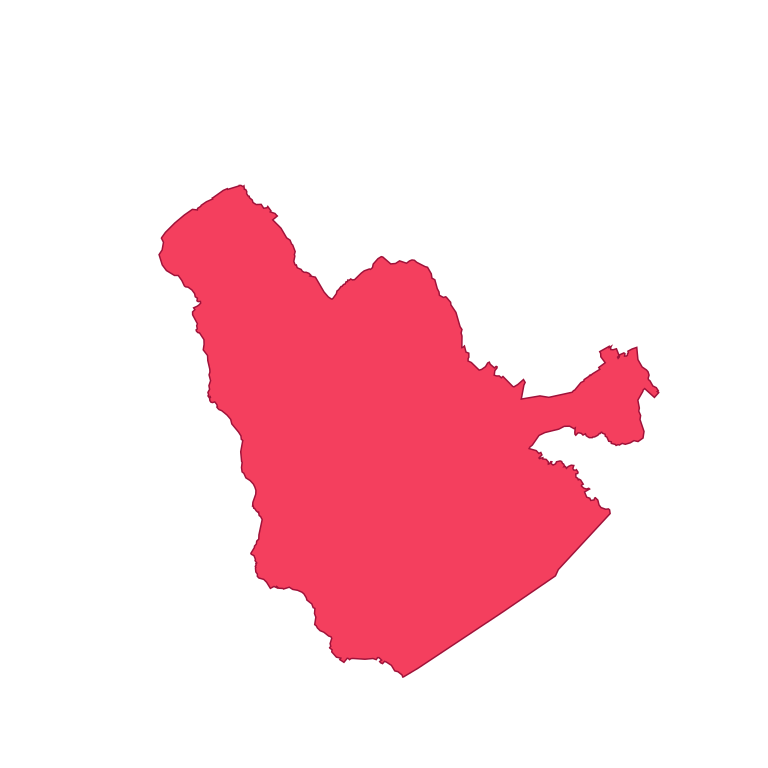 outline of Chapala, Jalisco, Mexico, rotated 51°
{"feature_id": "50627088B97222259694583", "entity_name": "Chapala", "entity_type": "district", "adm_level": 2, "iso_a3": "MEX", "parent_name": "Mexico", "parent_adm1": "Jalisco", "projection": "equal_earth", "projection_center": [-103.201, 20.28], "detail": "fine", "context": "isolated", "style": "filled", "palette": "rose", "viewbox_px": 768, "rotation_deg": 51, "n_neighbors": 0, "source": "geoboundaries", "source_scale": "gbopen_adm2", "svg_char_len": 6158}
<svg xmlns="http://www.w3.org/2000/svg" viewBox="0 0 768 768"><g transform="rotate(51 384 384)"><path d="M562.0,175.1L558.2,174.7L554.7,176.3L549.0,175.3L547.0,175.7L545.8,175.1L543.9,172.4L540.6,171.1L538.2,171.2L533.2,172.7L524.8,171.3L514.6,164.5L512.9,169.2L512.0,173.8L513.5,174.5L513.9,175.9L514.8,176.7L514.9,177.9L513.7,179.5L512.0,177.6L510.8,178.0L509.6,182.5L511.1,184.2L511.4,185.9L510.1,185.6L509.8,183.4L502.9,181.2L501.5,184.5L499.9,186.1L498.2,184.8L497.7,183.7L497.4,186.1L496.4,185.4L494.6,196.0L496.6,196.4L499.3,198.4L506.7,198.7L506.3,206.7L508.4,207.0L507.3,215.6L507.4,218.0L506.7,218.1L507.0,220.4L506.5,225.7L507.5,226.8L506.8,230.1L508.8,239.9L508.4,240.8L508.8,243.0L498.1,264.3L491.4,270.3L482.1,286.8L473.0,276.1L471.6,273.3L468.3,272.8L468.6,280.3L468.0,284.8L466.9,285.5L453.0,286.8L453.0,288.9L450.2,289.4L448.7,291.4L446.5,292.8L443.4,289.5L442.6,286.0L441.7,285.3L440.9,285.8L440.9,288.1L435.5,289.0L433.3,288.4L432.9,290.2L434.4,294.2L434.1,299.0L433.1,301.3L422.3,302.6L419.0,304.2L417.1,302.5L416.6,301.2L413.4,298.7L410.8,300.2L405.1,297.6L405.2,299.6L404.7,300.6L395.8,293.2L392.9,292.0L390.7,289.1L387.3,288.8L373.6,283.0L364.6,282.2L362.4,280.8L356.6,280.9L355.1,281.1L354.1,283.4L349.9,285.1L347.0,283.3L343.4,282.6L335.0,278.9L331.9,280.1L328.1,277.9L320.7,276.7L318.6,278.2L310.0,282.0L307.0,282.5L305.2,284.2L304.4,286.7L304.3,290.5L298.1,294.4L297.6,299.2L294.9,303.2L284.6,305.0L283.3,306.0L282.8,309.8L284.0,316.9L286.3,319.7L286.4,322.4L285.4,323.0L283.6,328.2L283.5,331.9L284.4,341.2L283.3,343.0L281.4,343.8L281.5,345.6L280.4,346.8L281.5,347.9L280.7,349.2L281.8,351.1L281.2,352.9L281.7,355.1L281.2,356.1L282.2,360.1L282.1,361.9L283.9,364.3L285.3,369.7L285.3,371.1L284.5,371.5L281.3,372.5L274.8,372.7L257.8,370.1L253.5,373.5L253.4,372.4L250.7,372.7L248.3,374.1L246.9,375.8L244.9,376.5L242.8,376.3L239.0,378.3L236.3,377.2L235.9,378.0L235.1,378.0L231.9,376.9L228.5,372.8L227.1,372.3L225.2,369.7L218.6,367.5L217.0,367.7L213.1,366.5L209.1,367.7L198.1,366.0L186.4,367.2L186.3,360.4L186.3,361.3L182.9,361.4L178.6,364.1L178.3,362.9L172.9,362.6L173.4,364.0L171.7,366.9L167.1,366.4L164.1,370.4L160.5,371.6L158.1,370.6L154.4,371.3L153.3,370.6L152.2,371.3L149.7,371.0L148.0,369.5L145.8,369.1L144.8,370.0L141.9,368.2L141.9,369.3L139.6,370.2L138.5,371.6L138.8,372.1L134.4,383.0L133.6,382.8L132.4,387.0L131.6,399.5L131.4,400.4L130.7,400.3L132.4,400.7L130.6,407.3L130.1,413.7L130.6,414.6L130.2,418.3L131.3,419.5L127.7,423.0L127.0,432.8L127.2,445.1L128.6,458.5L130.3,464.6L130.6,465.2L135.1,466.2L140.2,472.1L141.9,477.4L151.9,481.4L158.9,481.7L167.8,478.5L170.2,475.6L176.4,476.0L182.1,477.4L183.5,477.1L185.5,475.3L190.0,474.1L194.6,474.3L197.4,475.8L199.9,475.0L201.6,477.0L203.0,476.6L204.3,474.7L205.8,475.6L206.1,478.0L206.0,480.2L205.0,484.0L207.2,484.2L207.5,487.4L209.8,489.2L219.8,491.1L220.8,492.9L223.7,494.4L223.7,496.0L224.9,496.5L226.9,496.3L228.3,495.2L236.2,496.0L240.0,498.9L243.7,503.0L250.8,503.2L254.9,506.2L262.9,510.1L265.2,511.8L266.8,514.2L272.3,516.7L275.1,521.1L278.4,522.9L279.7,526.1L282.5,527.4L282.5,528.3L284.1,528.4L284.4,527.0L285.3,527.4L285.2,528.5L287.4,529.8L289.3,529.9L290.6,528.9L291.4,526.8L294.6,526.8L296.6,527.6L296.7,528.4L298.3,528.5L300.1,528.3L302.6,526.9L309.4,525.5L315.0,525.4L319.2,527.4L329.9,527.3L334.2,527.8L337.2,529.7L339.0,529.3L346.5,538.0L354.6,543.4L355.6,543.5L359.2,547.3L363.0,549.6L365.2,549.1L370.0,550.4L374.8,548.8L379.6,548.5L383.0,549.3L386.1,550.5L388.9,553.0L393.4,560.3L396.0,562.8L396.1,562.3L398.6,563.4L399.2,562.9L402.2,563.1L404.4,562.7L404.6,562.1L407.7,563.8L409.3,563.3L412.7,564.0L422.5,576.1L425.7,578.9L426.0,581.8L428.0,583.9L428.5,586.7L429.5,587.6L431.8,594.0L432.8,594.3L435.5,593.1L439.2,594.2L440.2,595.4L443.0,595.5L442.9,596.6L444.2,597.3L444.7,598.8L445.8,599.0L446.1,599.7L449.4,601.9L452.0,602.0L453.8,603.5L456.1,603.3L460.2,600.4L464.2,600.0L471.3,600.9L472.1,596.9L474.7,595.6L473.8,595.4L473.7,594.8L476.5,594.3L479.3,591.2L480.1,591.1L482.3,585.5L486.2,584.2L489.9,581.0L494.1,578.8L496.6,578.3L501.1,578.9L503.4,579.9L509.5,578.5L513.2,579.8L514.9,578.9L518.7,582.5L522.3,583.7L527.4,589.3L529.0,588.8L531.8,589.3L535.5,588.9L538.9,587.0L545.1,585.6L547.0,584.3L548.7,584.6L551.8,589.2L554.4,590.5L554.7,592.2L555.3,592.3L557.8,591.6L559.3,593.2L566.3,592.9L569.9,590.1L570.4,591.8L575.1,590.3L574.0,585.2L575.0,584.4L576.5,584.3L576.6,582.5L577.7,580.9L585.9,572.0L590.4,565.3L593.3,563.5L592.6,561.2L593.5,560.1L597.1,559.6L596.9,562.0L598.4,562.1L600.4,561.1L599.9,558.1L601.7,557.1L607.3,555.3L613.7,556.2L616.4,554.2L621.4,553.1L623.6,553.8L623.9,553.1L626.3,536.3L636.0,434.2L641.0,371.5L637.9,365.3L627.0,289.8L623.8,287.9L622.3,288.2L620.9,290.5L616.6,293.1L613.3,293.0L608.8,290.9L605.4,291.3L605.2,292.1L606.3,293.7L604.6,296.6L602.3,295.9L599.5,297.7L594.1,296.1L595.0,290.3L593.9,290.5L593.0,292.8L590.6,294.3L587.6,294.8L586.9,294.2L587.2,292.2L582.4,291.6L580.8,292.3L580.7,293.3L579.2,292.8L577.2,293.5L574.6,291.6L575.4,289.7L574.6,288.7L571.7,288.4L571.7,289.1L570.4,290.6L569.7,290.7L568.4,290.3L566.8,287.8L564.9,289.6L564.1,292.6L564.3,295.3L562.5,294.9L561.6,296.1L561.5,295.3L559.1,294.8L558.1,295.3L556.0,294.7L554.6,295.6L553.0,298.9L554.0,300.9L553.4,303.6L551.0,304.2L550.0,302.5L549.3,303.2L550.1,305.6L549.7,306.7L547.9,305.3L544.7,305.4L542.1,307.8L541.2,306.9L539.8,310.2L539.0,310.1L538.5,305.9L535.9,305.2L535.4,307.4L531.6,307.6L525.5,311.9L524.8,310.3L524.8,307.1L521.5,295.9L523.0,289.5L529.1,276.5L530.3,270.6L533.6,266.3L538.4,264.4L538.5,263.0L541.5,266.0L543.2,267.2L544.5,267.2L544.1,264.2L544.6,263.2L546.6,261.7L548.9,261.5L549.5,258.8L551.5,259.4L554.8,258.3L556.8,255.9L556.6,255.3L557.7,253.5L558.4,250.1L558.0,247.8L558.5,247.3L558.2,245.5L558.6,245.1L559.6,245.2L562.2,243.8L563.9,244.9L565.5,244.2L569.9,245.4L571.9,243.8L573.2,244.7L576.5,242.3L577.8,242.3L578.4,240.3L579.6,239.4L580.0,236.3L582.7,234.4L584.7,229.6L585.3,225.4L588.6,222.8L589.0,216.7L584.5,211.8L572.7,207.4L570.0,204.4L565.4,203.1L563.4,200.7L556.3,196.9L552.6,187.4L551.8,186.5L551.6,184.3L564.6,182.3L563.6,176.0L561.8,176.4L562.0,175.1Z" fill="#f43f5e" stroke="#9f1239" stroke-width="1.5"/></g></svg>